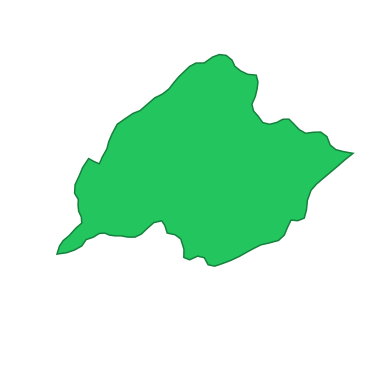 outline of Capim Branco, Minas Gerais, Brazil, rotated 42°
{"feature_id": "56859067B81738961349319", "entity_name": "Capim Branco", "entity_type": "district", "adm_level": 2, "iso_a3": "BRA", "parent_name": "Brazil", "parent_adm1": "Minas Gerais", "projection": "equal_earth", "projection_center": [-44.169, -19.58], "detail": "fine", "context": "isolated", "style": "filled", "palette": "green", "viewbox_px": 384, "rotation_deg": 42, "n_neighbors": 0, "source": "geoboundaries", "source_scale": "gbopen_adm2", "svg_char_len": 1480}
<svg xmlns="http://www.w3.org/2000/svg" viewBox="0 0 384 384"><g transform="rotate(42 192 192)"><path d="M133.2,328.5L139.4,321.1L143.5,313.8L146.2,305.9L145.2,298.2L148.9,291.6L150.8,284.9L154.7,280.9L159.6,279.2L164.5,275.8L168.6,272.1L174.4,268.5L179.8,263.7L182.5,257.1L183.1,249.1L184.1,240.3L188.8,233.7L194.4,235.1L201.0,239.1L208.1,235.1L215.1,234.4L224.4,240.0L229.7,246.1L235.6,244.0L239.1,235.9L245.1,232.6L252.7,235.3L258.5,231.9L262.4,225.0L266.4,217.3L270.3,208.1L273.2,199.4L275.7,192.4L278.6,185.1L283.3,178.5L288.7,170.1L289.4,162.3L286.6,154.3L284.4,146.6L289.8,142.6L292.9,136.3L289.1,128.8L283.3,120.9L279.3,111.1L279.2,102.8L280.0,96.4L281.4,86.6L282.8,76.3L284.1,65.7L285.8,55.5L277.6,60.6L270.5,64.3L263.2,64.6L255.3,60.6L247.6,61.3L242.4,66.2L237.2,72.3L230.1,73.9L222.8,73.4L215.3,73.0L210.8,77.2L208.6,83.4L204.3,89.8L198.1,93.1L190.4,91.4L183.5,90.6L177.8,86.7L175.1,78.6L171.3,71.6L167.3,66.0L161.5,62.2L154.6,67.3L147.0,69.5L139.6,69.9L133.4,67.2L126.0,67.6L120.3,71.6L117.0,77.9L114.7,88.0L108.6,93.6L106.2,100.3L105.6,108.2L105.1,115.2L105.3,122.1L105.9,130.9L104.5,139.0L101.3,147.0L100.1,156.9L98.9,166.4L95.6,173.0L93.3,182.1L91.1,191.7L93.6,201.9L96.3,209.9L99.9,216.9L101.8,225.6L104.3,233.0L98.9,234.9L92.8,236.3L94.4,247.0L97.2,255.0L100.2,264.8L105.6,271.5L112.5,273.6L116.2,278.1L120.6,282.1L126.4,284.6L130.9,288.9L129.9,296.6L129.9,306.6L128.8,314.3L129.7,320.8L133.2,328.5Z" fill="#22c55e" stroke="#15803d" stroke-width="1.5"/></g></svg>